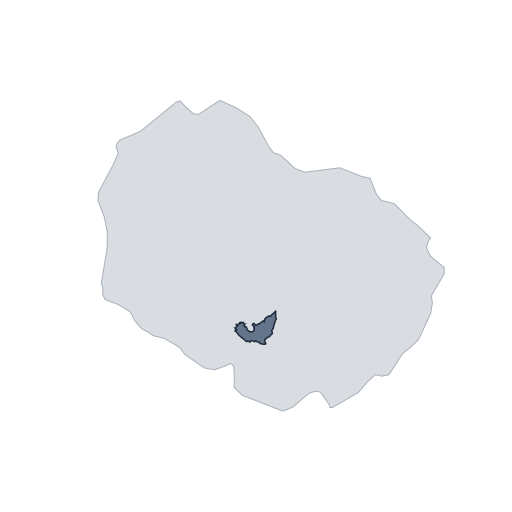 Sopishte, Sopište, North Macedonia shown in context, rotated 227°
{"feature_id": "65306769B38681121769962", "entity_name": "Sopishte", "entity_type": "district", "adm_level": 2, "iso_a3": "MKD", "parent_name": "North Macedonia", "parent_adm1": "Sopište", "projection": "mercator", "projection_center": [21.357, 41.849], "detail": "fine", "context": "in_parent", "style": "filled", "palette": "slate", "viewbox_px": 512, "rotation_deg": 227, "n_neighbors": 0, "source": "geoboundaries", "source_scale": "gbopen_adm2", "svg_char_len": 2333}
<svg xmlns="http://www.w3.org/2000/svg" viewBox="0 0 512 512"><g transform="rotate(227 256 256)"><path d="M233.1,136.8L240.9,137.8L257.7,133.0L268.1,126.3L273.5,125.3L280.6,122.8L290.8,123.1L301.1,126.0L314.2,122.2L327.2,116.0L332.3,117.6L337.9,122.8L341.6,124.3L363.0,152.2L374.8,163.5L388.6,172.0L404.4,178.3L410.0,184.3L420.1,213.8L424.9,225.0L431.6,228.4L433.2,231.6L433.5,235.8L426.0,256.5L422.9,302.8L421.0,306.4L413.2,306.2L402.7,307.2L398.7,310.8L394.5,335.6L377.7,342.6L362.4,346.6L349.5,345.7L326.9,339.9L319.5,339.2L313.2,342.6L293.0,344.3L284.1,348.7L263.3,377.5L242.2,387.5L235.0,392.5L218.9,386.1L211.2,385.5L200.0,392.8L175.5,393.6L168.9,394.9L150.1,396.0L149.3,392.0L145.8,386.2L137.0,383.5L119.1,385.8L114.7,381.6L107.3,357.1L101.5,353.1L95.1,344.9L84.1,318.2L83.9,306.5L84.6,296.2L78.5,272.2L82.3,266.1L87.9,262.3L88.0,252.5L86.4,237.8L93.0,208.8L94.8,206.7L96.6,208.0L112.7,210.4L116.9,206.7L119.5,200.9L120.4,179.7L124.3,169.8L163.4,151.0L174.8,150.3L183.7,159.0L190.6,164.5L194.8,164.3L196.4,158.8L201.1,148.1L209.1,142.0L232.9,136.7L233.1,136.8Z" fill="#d9dde1" stroke="#a8b0b8" stroke-width="1"/><path d="M202.6,233.2L202.2,232.2L202.3,230.8L201.9,230.0L202.4,228.1L202.1,226.0L202.4,225.1L203.2,224.9L204.1,221.1L203.8,219.3L202.8,217.6L203.2,217.8L203.8,216.0L204.3,211.8L204.9,211.3L205.1,209.1L205.6,208.6L208.2,208.5L208.6,207.5L207.5,205.7L207.7,206.1L206.0,206.6L204.7,205.9L204.9,205.5L204.4,205.1L203.5,204.8L202.7,202.9L203.3,201.3L204.7,199.9L207.7,199.2L210.6,200.5L211.4,200.2L211.6,199.6L212.3,199.8L212.7,199.5L213.2,200.4L213.7,200.6L213.8,201.5L214.3,200.9L215.4,200.7L216.0,201.4L216.5,200.4L217.4,200.2L217.4,199.1L217.9,199.2L217.7,198.3L218.2,198.3L217.9,197.6L218.3,196.0L218.0,195.6L219.3,195.0L218.4,194.3L217.8,194.4L217.7,193.2L216.9,192.2L217.6,191.5L216.6,191.5L216.0,191.0L215.4,191.2L215.7,190.6L215.5,189.5L214.3,189.9L210.2,189.5L205.6,189.9L203.3,190.4L199.9,190.6L199.5,192.0L197.1,192.9L197.6,194.0L197.4,194.9L194.1,196.8L194.2,198.0L192.5,198.3L191.1,199.2L188.9,199.4L186.1,201.5L185.2,202.8L185.1,203.3L187.6,204.2L188.7,205.3L188.7,208.3L187.8,211.2L188.1,211.8L188.1,214.8L188.4,215.5L190.6,216.4L191.3,219.2L193.7,222.8L194.4,224.5L195.4,225.4L196.2,228.1L198.1,228.7L199.1,230.0L200.4,230.8L202.6,233.2Z" fill="#64748b" stroke="#1e293b" stroke-width="1.5"/></g></svg>